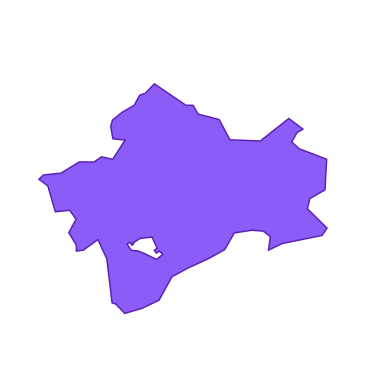 the district of Karmana, Navoi, Uzbekistan, rotated 145°
{"feature_id": "79887680B23954211598190", "entity_name": "Karmana", "entity_type": "district", "adm_level": 2, "iso_a3": "UZB", "parent_name": "Uzbekistan", "parent_adm1": "Navoi", "projection": "mercator", "projection_center": [65.268, 40.01], "detail": "fine", "context": "isolated", "style": "filled", "palette": "violet", "viewbox_px": 384, "rotation_deg": 145, "n_neighbors": 0, "source": "geoboundaries", "source_scale": "gbopen_adm2", "svg_char_len": 1097}
<svg xmlns="http://www.w3.org/2000/svg" viewBox="0 0 384 384"><g transform="rotate(145 192 192)"><path d="M160.8,302.2L173.6,299.7L179.3,301.3L189.6,296.2L204.0,297.4L215.9,296.5L221.0,292.3L226.3,280.9L217.0,272.9L238.2,264.3L245.9,272.7L255.2,272.8L267.0,281.3L288.6,282.6L304.0,291.2L310.1,290.2L306.6,279.7L315.3,254.2L302.7,247.2L302.6,236.2L316.3,229.3L317.2,214.9L320.6,209.9L314.4,206.7L296.4,207.0L300.1,186.1L321.1,147.0L318.8,144.1L316.7,131.1L299.3,125.3L281.0,122.3L257.0,134.1L238.7,132.0L217.6,128.1L198.3,126.0L180.9,134.2L165.3,126.6L156.1,119.1L153.4,110.6L162.7,100.5L147.5,98.0L110.4,81.8L102.1,85.0L107.1,112.1L99.2,119.0L81.8,117.5L62.9,141.6L79.4,166.0L81.6,175.8L72.0,180.4L65.1,179.9L70.6,196.7L106.8,194.6L131.0,213.0L128.2,235.8L142.3,252.2L141.4,262.4L147.3,266.6L160.8,302.2ZM262.3,161.7L265.7,168.0L270.2,174.9L275.2,179.1L275.0,186.6L271.8,186.5L271.7,183.0L269.7,182.9L269.7,184.0L261.4,183.8L259.6,182.9L250.6,178.0L252.8,165.9L256.3,165.9L256.3,162.4L252.7,162.4L251.6,157.7L259.6,157.1L262.3,161.7Z" fill="#8b5cf6" stroke="#5b21b6" stroke-width="1.5"/></g></svg>